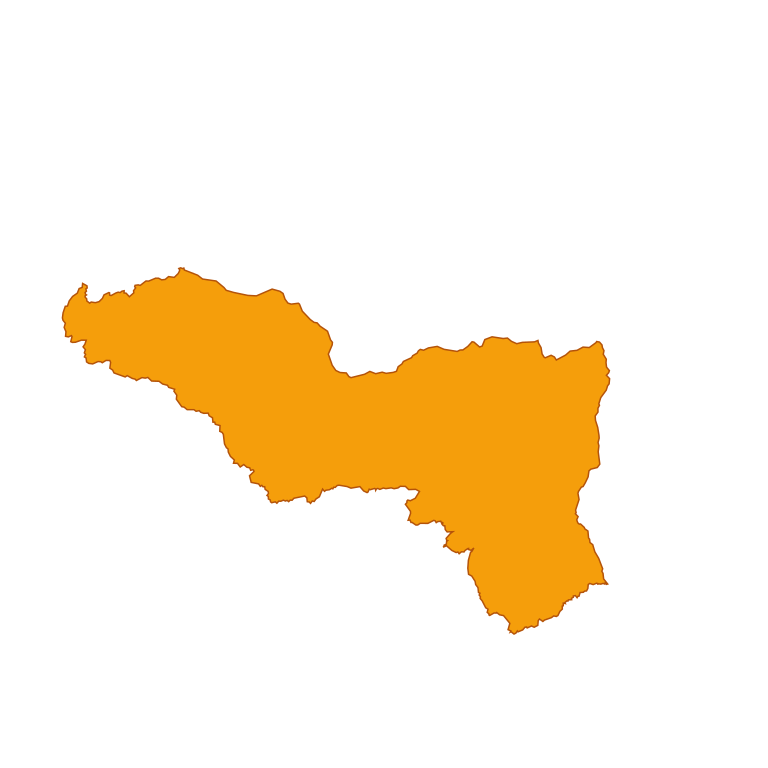 outline of Cotacachi, Imbabura, Ecuador, rotated 38°
{"feature_id": "8360857B15521483188159", "entity_name": "Cotacachi", "entity_type": "district", "adm_level": 2, "iso_a3": "ECU", "parent_name": "Ecuador", "parent_adm1": "Imbabura", "projection": "natural_earth1", "projection_center": [-78.573, 0.395], "detail": "fine", "context": "isolated", "style": "filled", "palette": "amber", "viewbox_px": 768, "rotation_deg": 38, "n_neighbors": 0, "source": "geoboundaries", "source_scale": "gbopen_adm2", "svg_char_len": 6146}
<svg xmlns="http://www.w3.org/2000/svg" viewBox="0 0 768 768"><g transform="rotate(38 384 384)"><path d="M683.4,403.9L677.1,402.4L673.2,398.4L670.9,397.4L670.1,395.0L660.5,389.2L653.4,386.4L647.4,382.1L643.9,382.1L641.6,379.8L640.0,379.4L635.2,374.3L631.4,374.5L630.1,373.7L625.1,373.3L624.2,374.2L622.2,374.1L619.5,372.4L618.6,369.0L614.7,368.4L614.6,367.1L612.6,365.4L608.8,354.9L604.1,350.7L603.4,348.9L603.0,343.8L604.0,342.2L603.4,337.8L602.0,331.5L599.0,326.3L599.4,323.8L603.5,318.5L603.4,314.3L594.5,305.5L591.4,300.4L588.7,298.3L586.9,294.2L585.0,292.1L579.1,286.6L573.1,282.5L570.1,279.2L569.9,274.4L567.5,271.4L566.9,268.1L565.5,267.4L563.2,261.3L562.9,252.0L561.3,247.8L561.3,245.3L558.5,240.9L553.9,240.2L554.1,236.8L553.4,234.7L549.0,233.7L545.8,230.5L543.9,227.6L538.5,225.6L536.8,222.3L533.8,220.9L531.7,219.0L528.0,218.3L525.4,219.6L525.6,220.8L523.3,228.9L518.1,232.4L515.4,238.6L510.4,243.5L509.3,249.4L505.0,259.0L501.7,257.8L498.0,258.5L494.9,264.1L493.7,264.3L490.1,263.0L485.3,258.6L480.4,256.6L478.5,254.9L476.7,258.1L467.4,266.0L463.8,270.5L458.2,271.9L453.0,271.8L449.9,274.8L440.1,280.3L436.1,286.9L438.0,293.7L436.5,296.0L429.1,295.6L427.4,296.5L426.9,302.8L425.2,308.6L423.1,310.3L421.6,313.3L410.0,319.7L402.8,321.6L396.8,328.2L394.4,333.0L391.3,334.4L390.7,336.7L391.1,339.3L389.2,344.0L389.5,346.3L385.4,354.3L385.8,357.2L384.5,361.6L386.0,366.3L384.1,369.2L379.1,374.3L375.3,375.8L371.1,381.0L365.1,382.8L362.7,388.3L354.1,399.3L351.8,399.8L347.5,398.5L342.3,402.0L337.7,403.0L331.6,401.1L321.7,394.7L319.1,385.1L317.7,382.9L314.8,382.2L307.0,377.2L298.0,377.8L293.7,377.0L290.9,378.5L286.2,378.6L274.8,376.9L268.2,373.1L266.8,373.1L261.7,378.2L258.5,379.4L253.8,378.1L248.7,374.8L244.9,375.0L237.4,378.1L229.2,393.1L222.2,398.0L209.2,404.4L202.0,407.3L198.5,406.5L188.3,406.2L176.4,413.0L170.2,413.0L156.5,417.1L154.9,415.9L154.2,417.1L152.3,417.6L151.2,419.3L152.7,419.8L153.3,421.0L153.8,423.7L153.1,429.1L148.1,432.0L147.2,436.3L144.7,438.8L141.3,439.4L138.9,441.2L135.2,447.8L133.0,449.4L131.2,456.4L129.3,457.2L127.1,459.5L127.6,460.8L129.1,461.2L129.2,464.7L130.7,466.2L129.6,472.0L124.9,471.2L123.1,472.3L121.8,470.5L120.3,472.3L119.8,474.4L118.0,475.3L116.7,477.3L114.5,482.3L113.1,482.9L111.6,481.1L110.9,481.3L108.5,486.1L109.4,489.9L108.8,494.5L106.5,497.6L102.8,499.7L102.3,501.5L98.7,501.5L97.2,499.9L95.1,499.6L94.2,498.6L94.7,497.0L93.7,497.1L92.1,495.9L92.4,494.1L90.5,492.6L91.0,491.1L89.5,489.5L84.6,490.3L86.7,493.7L85.0,496.5L86.4,501.2L84.7,506.7L84.8,512.3L86.6,517.5L85.0,519.0L87.3,525.5L89.9,529.9L91.8,531.4L95.5,532.3L97.1,536.3L101.2,538.6L103.7,542.5L106.3,541.2L107.9,538.3L109.0,538.8L111.1,543.5L112.8,543.1L115.2,541.0L118.6,535.7L122.4,532.8L123.8,536.8L124.0,540.0L127.6,540.8L128.7,544.0L130.6,544.3L131.2,547.1L133.2,546.9L136.0,549.7L138.7,549.5L142.1,547.5L144.8,542.4L147.2,540.8L148.9,540.7L150.4,536.6L153.4,534.3L155.2,535.2L158.2,540.3L161.6,540.1L164.4,541.5L175.7,537.8L176.5,535.5L182.2,534.6L184.8,533.4L186.7,533.7L189.3,528.0L192.3,526.3L193.9,524.2L199.1,524.7L205.0,520.4L209.6,520.3L214.2,518.3L216.4,519.2L222.3,517.0L222.9,519.0L227.6,520.4L229.7,523.8L238.6,526.4L240.7,525.3L244.7,525.4L250.1,521.2L252.7,521.2L254.8,518.8L257.0,519.1L260.0,518.1L263.4,515.2L265.8,516.7L269.6,516.2L272.7,519.4L274.1,518.3L275.9,519.6L280.4,517.7L283.7,522.4L286.3,521.8L288.4,522.6L295.2,529.4L299.0,531.2L301.1,531.2L303.2,533.5L307.6,535.6L312.8,536.0L314.2,539.1L317.4,536.7L321.8,537.9L323.1,533.8L327.2,534.0L329.8,532.7L332.1,534.1L333.4,532.3L334.5,532.3L335.4,533.0L334.5,539.1L339.9,543.3L346.7,539.9L349.5,540.8L350.1,539.1L351.9,539.5L353.2,538.4L355.2,540.2L358.9,540.0L360.4,541.5L360.4,543.9L362.0,543.8L363.7,545.8L365.6,545.4L367.2,546.7L368.6,546.7L370.9,543.8L373.0,543.9L373.2,541.1L374.9,539.9L376.2,537.5L378.4,536.9L379.3,535.4L381.3,535.4L381.6,533.2L383.1,532.2L383.4,529.4L390.5,521.1L393.3,521.2L396.0,524.0L397.8,523.0L399.6,523.3L399.5,520.4L401.3,519.6L401.2,516.4L402.5,512.7L400.3,504.6L403.2,505.2L403.6,503.5L406.1,500.9L407.0,498.4L408.2,498.1L407.9,496.4L409.2,495.5L409.6,492.8L410.9,491.4L418.1,487.5L422.1,486.4L428.2,479.7L433.8,480.8L437.5,480.0L437.9,479.0L437.1,476.0L438.2,475.8L440.9,472.1L441.7,471.9L442.9,472.9L442.6,471.3L443.4,470.1L445.6,469.6L447.5,466.4L449.9,465.3L453.6,461.4L456.4,460.3L459.0,457.3L459.8,454.6L463.9,451.5L468.5,452.0L473.8,447.5L478.1,446.8L479.0,454.8L476.6,459.8L474.2,460.8L474.1,462.1L475.1,463.4L474.9,465.6L483.2,468.0L484.6,469.6L486.9,476.5L488.3,475.2L490.5,476.5L491.4,475.8L496.0,475.5L497.4,474.3L498.3,471.5L504.4,466.8L507.2,460.8L508.4,460.3L510.5,461.1L511.1,459.3L513.2,457.2L514.0,457.7L515.7,457.1L516.5,458.3L515.7,457.5L514.5,458.5L515.6,457.9L516.1,458.8L518.1,459.1L519.2,458.3L521.9,461.0L524.8,461.7L529.2,458.0L528.4,460.7L528.0,467.4L529.6,468.6L530.5,468.2L530.3,469.6L531.7,471.7L530.6,474.1L531.2,474.6L531.1,476.2L532.8,473.0L539.9,473.4L544.6,472.4L545.7,470.9L547.7,471.5L548.3,468.6L550.5,467.0L550.3,465.4L551.4,462.0L551.9,461.5L552.5,462.4L555.1,461.4L555.8,457.9L556.3,462.1L555.8,463.2L559.0,470.9L563.5,477.6L567.8,481.9L571.4,481.3L577.3,483.4L579.7,485.6L583.4,486.6L586.8,490.1L588.4,489.8L588.9,491.7L590.9,492.2L591.8,493.8L594.8,494.4L601.9,497.7L604.6,497.4L605.9,500.4L608.1,500.5L609.0,501.4L609.8,501.3L611.7,496.7L613.5,495.4L613.5,494.7L617.2,494.7L620.8,492.9L630.5,495.1L633.0,501.2L636.0,500.5L636.3,501.8L636.7,501.0L640.4,501.0L641.3,499.1L641.1,496.5L642.2,496.8L644.7,492.4L644.8,488.9L646.0,487.7L647.0,488.1L649.2,483.9L652.1,483.2L653.8,479.5L651.2,475.5L651.2,473.5L655.4,473.3L655.8,471.2L659.8,465.0L660.5,462.3L662.9,461.1L663.6,459.4L662.6,454.9L663.1,451.6L661.2,449.3L661.8,448.4L660.2,446.3L662.0,445.4L661.1,445.0L661.6,442.4L662.6,441.8L662.2,440.6L664.7,438.4L663.7,437.5L664.5,435.5L663.7,434.5L665.1,432.9L667.7,433.5L667.5,432.0L668.3,431.1L666.9,427.6L669.3,425.4L669.6,423.7L671.0,422.4L670.5,419.6L668.4,416.3L668.9,414.5L672.3,413.3L674.2,410.1L675.2,409.7L676.0,410.5L675.7,409.6L678.1,408.2L679.4,406.2L680.8,405.9L680.7,404.8L682.5,405.1L683.4,403.9Z" fill="#f59e0b" stroke="#b45309" stroke-width="1.5"/></g></svg>